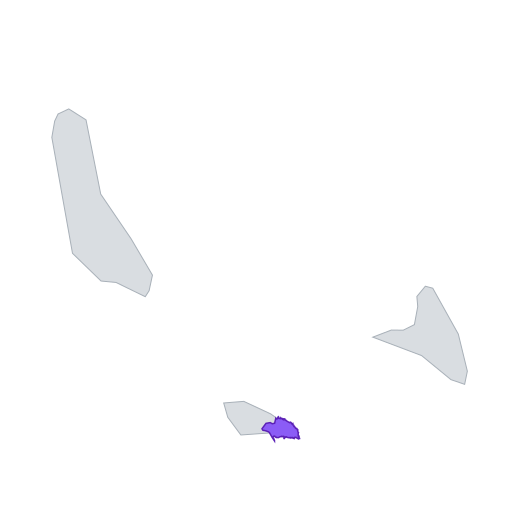 location of Djando, Moûhîlî, Comoros, rotated 346°
{"feature_id": "10938185B42418571168375", "entity_name": "Djando", "entity_type": "district", "adm_level": 2, "iso_a3": "COM", "parent_name": "Comoros", "parent_adm1": "Moûhîlî", "projection": "equal_earth", "projection_center": [43.833, -12.356], "detail": "fine", "context": "in_parent", "style": "filled", "palette": "violet", "viewbox_px": 512, "rotation_deg": 346, "n_neighbors": 0, "source": "geoboundaries", "source_scale": "gbopen_adm2", "svg_char_len": 4449}
<svg xmlns="http://www.w3.org/2000/svg" viewBox="0 0 512 512"><g transform="rotate(346 256 256)"><path d="M143.9,263.8L138.7,268.7L113.8,247.8L99.6,242.8L78.6,209.0L86.6,91.5L93.3,76.4L98.3,70.3L109.9,68.0L124.0,82.8L120.3,158.4L139.0,209.2L150.9,249.5L143.9,263.8ZM419.7,330.0L433.4,380.7L433.2,418.9L427.4,431.0L415.2,423.1L392.6,392.7L349.7,363.0L369.4,360.6L380.9,363.6L393.1,360.9L400.7,344.2L402.3,334.2L413.0,326.3L419.7,330.0ZM232.1,412.8L251.2,435.3L198.0,426.0L189.6,405.7L189.1,390.8L209.0,394.1L232.1,412.8Z" fill="#d9dde1" stroke="#a8b0b8" stroke-width="1"/><path d="M229.2,439.9L229.3,439.5L229.3,439.4L229.2,439.0L229.2,438.8L229.1,438.4L229.0,437.5L228.9,437.2L228.6,436.8L228.5,436.5L228.5,436.4L228.5,436.2L228.5,435.9L229.4,435.2L229.6,435.4L229.8,435.3L230.3,435.2L230.6,435.3L230.7,435.7L230.9,436.2L231.1,436.4L231.2,436.5L231.6,436.6L231.6,436.8L231.9,436.9L232.0,436.9L232.1,437.2L232.3,437.3L232.8,437.3L233.1,437.4L233.6,437.6L234.2,437.6L234.8,437.3L235.0,437.3L235.5,437.2L236.2,437.3L236.6,437.2L236.8,437.3L236.9,437.2L237.0,437.1L237.4,437.3L237.4,437.5L237.5,437.6L237.9,437.5L238.1,437.7L238.3,437.6L238.6,437.5L239.0,437.6L239.3,437.7L239.4,438.0L239.2,438.2L239.2,438.4L239.2,438.5L239.2,439.0L239.0,439.5L239.0,439.8L239.3,439.9L239.4,439.6L239.5,439.4L239.8,439.2L240.0,439.0L240.0,438.9L239.9,438.6L240.0,438.6L240.4,438.6L240.5,438.7L240.5,438.9L240.7,439.0L240.8,439.2L240.8,438.9L240.9,439.1L240.9,438.9L241.0,438.9L241.2,438.7L241.3,438.7L241.3,438.9L241.6,438.7L241.8,438.8L242.1,439.1L242.2,439.3L242.3,439.5L242.7,439.7L243.7,440.2L244.4,440.2L244.5,440.3L245.0,440.8L245.4,440.5L245.9,440.5L246.0,440.5L246.1,441.0L246.4,441.0L246.6,441.0L246.8,441.1L247.0,441.1L247.5,441.0L247.6,441.4L247.6,441.5L247.9,441.7L248.1,442.0L248.3,442.0L248.4,441.9L248.5,441.8L248.7,441.6L248.9,441.5L249.0,441.5L249.1,441.4L249.3,441.4L249.4,441.5L249.4,441.8L249.5,441.7L249.7,441.4L250.3,441.6L250.7,441.5L250.8,441.5L251.0,441.7L251.0,441.8L251.0,442.0L251.5,442.4L251.7,442.5L251.9,442.8L252.1,443.0L252.5,443.3L252.9,443.8L253.0,443.8L253.3,443.7L253.6,443.7L253.8,443.4L253.9,443.5L254.0,443.7L254.1,443.9L254.0,444.0L254.1,443.8L254.0,443.6L254.0,443.4L254.1,443.1L254.0,442.9L253.9,442.7L253.8,442.2L253.4,441.9L253.5,441.1L253.8,441.1L254.1,441.5L254.2,441.4L254.2,441.2L253.6,441.0L253.5,440.4L253.7,440.0L253.7,439.6L253.8,439.3L253.8,438.9L254.1,438.3L254.2,437.8L254.5,437.6L254.4,437.3L254.3,437.2L254.2,436.9L254.1,436.3L254.1,435.8L254.1,435.3L254.2,435.1L254.5,435.0L254.5,434.9L254.3,434.9L254.2,434.8L254.2,434.5L254.0,434.3L254.0,434.2L253.9,433.9L254.0,433.6L253.9,433.4L253.8,433.2L253.7,433.2L253.6,433.3L253.5,433.2L253.4,433.0L253.2,433.0L253.1,432.9L252.8,432.9L252.6,432.6L252.7,432.3L252.6,432.1L252.3,431.2L252.2,430.9L251.7,430.9L251.5,430.4L251.6,430.2L251.7,429.8L251.7,429.7L251.7,429.4L251.3,428.9L251.2,428.8L250.9,428.7L251.0,428.4L251.2,427.8L251.2,427.6L250.6,428.0L250.4,427.9L250.2,427.7L250.2,427.3L250.2,427.2L250.1,426.8L250.0,426.7L249.9,426.7L249.7,426.4L249.7,426.0L249.6,425.9L249.4,425.7L249.1,425.5L248.9,425.5L248.7,425.6L248.6,425.9L248.2,425.8L247.7,425.3L247.5,425.2L247.2,424.8L246.9,424.6L246.6,424.2L246.4,424.0L246.1,423.8L246.0,423.6L245.8,423.5L245.6,423.1L245.3,422.9L245.3,422.7L245.2,422.7L244.9,422.5L244.8,422.2L244.7,422.2L244.4,421.9L244.4,421.7L244.5,421.4L244.4,421.4L244.3,421.2L244.0,421.3L244.0,421.2L244.0,420.9L243.9,420.9L243.7,420.8L243.5,421.0L243.4,421.2L243.3,420.9L243.1,421.0L243.1,420.9L243.0,420.6L242.9,420.6L242.9,421.0L242.5,421.1L242.4,421.0L242.3,420.9L242.4,420.6L242.5,420.5L242.3,420.2L242.1,420.2L241.9,419.9L241.7,420.1L241.4,420.0L241.2,419.9L240.9,419.8L240.9,419.5L241.0,419.4L240.9,419.3L240.7,419.3L240.6,419.5L240.4,419.6L240.3,419.4L240.3,419.2L240.2,419.3L240.0,419.5L239.6,419.3L239.4,419.3L239.3,419.2L239.2,419.2L239.0,418.9L238.9,418.7L238.7,418.6L238.9,418.4L238.9,418.2L238.8,418.3L238.7,418.5L238.6,418.4L238.6,418.2L238.5,418.3L238.4,418.3L238.4,418.2L238.3,418.3L238.1,418.4L238.0,418.2L237.9,418.4L237.9,418.5L237.9,418.8L237.6,418.9L237.6,419.0L237.4,419.1L237.0,419.1L236.9,419.1L237.0,419.0L236.9,419.0L236.6,419.0L236.4,418.9L236.2,418.7L236.0,418.2L233.6,422.8L231.2,422.7L229.5,421.1L225.2,420.8L220.0,425.1L220.3,426.1L220.5,426.7L221.2,427.1L222.1,427.4L223.5,428.2L223.9,428.4L224.6,429.0L225.5,429.5L226.3,430.6L227.6,435.3L229.2,439.9Z" fill="#8b5cf6" stroke="#5b21b6" stroke-width="1.5"/></g></svg>